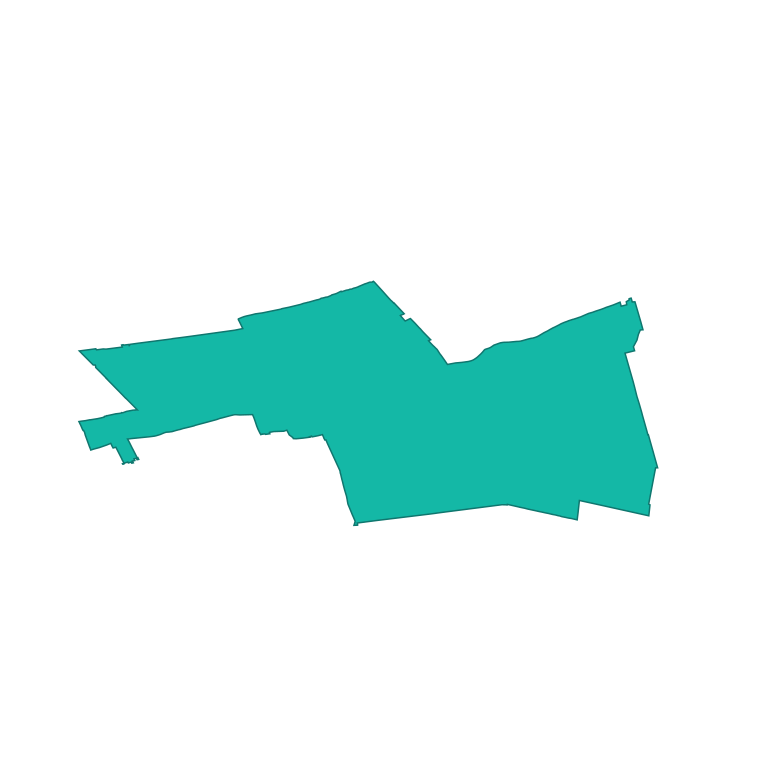 Leidschendam-Voorburg, Zuid-Holland, Netherlands, rotated 22°
{"feature_id": "6326949B15428140131776", "entity_name": "Leidschendam-Voorburg", "entity_type": "district", "adm_level": 2, "iso_a3": "NLD", "parent_name": "Netherlands", "parent_adm1": "Zuid-Holland", "projection": "robinson", "projection_center": [4.405, 52.093], "detail": "fine", "context": "isolated", "style": "filled", "palette": "teal", "viewbox_px": 768, "rotation_deg": 22, "n_neighbors": 0, "source": "geoboundaries", "source_scale": "gbopen_adm2", "svg_char_len": 5866}
<svg xmlns="http://www.w3.org/2000/svg" viewBox="0 0 768 768"><g transform="rotate(22 384 384)"><path d="M409.1,526.3L412.4,524.8L412.1,524.0L411.3,522.9L428.7,513.1L475.4,487.3L480.2,484.6L481.0,484.1L489.3,479.4L538.5,451.8L541.8,450.5L543.5,450.0L543.4,449.4L554.5,447.6L556.0,447.4L560.9,446.5L564.1,446.1L572.1,444.7L575.8,444.1L577.8,443.7L582.0,443.0L585.1,442.4L589.2,441.8L592.0,441.2L594.6,440.9L596.5,440.5L598.5,440.4L602.6,439.6L604.6,439.3L606.0,439.0L608.1,438.5L614.0,437.6L612.1,430.5L608.8,418.8L627.0,415.7L678.9,407.0L675.9,396.4L674.9,396.3L674.4,396.2L667.2,360.0L669.1,359.2L660.3,347.8L659.4,346.6L659.2,346.3L658.7,345.7L654.9,340.8L648.8,332.9L648.1,332.0L647.7,332.3L645.4,329.2L635.5,316.4L633.5,313.7L628.1,306.8L623.1,300.7L617.8,293.4L614.3,288.7L601.5,272.3L595.9,265.1L603.9,259.3L601.3,256.0L602.1,248.5L601.3,242.7L601.4,237.9L603.8,236.7L598.6,229.9L585.9,213.8L583.4,214.9L581.0,211.8L580.2,212.3L579.3,213.2L579.8,214.4L577.8,216.9L579.4,219.6L574.8,223.0L572.2,219.7L567.0,224.8L563.1,228.2L561.3,229.7L559.6,231.4L557.2,233.6L552.9,237.2L550.5,239.4L547.4,241.8L545.0,244.2L540.9,248.4L540.2,248.9L538.4,250.5L536.0,252.5L535.2,253.2L534.6,253.5L534.1,254.0L531.1,256.5L530.8,256.9L528.0,259.4L526.3,261.1L525.0,262.5L524.6,263.1L521.2,267.0L520.3,268.0L519.8,268.4L519.6,268.7L517.3,271.5L515.8,273.5L513.2,276.4L509.5,281.3L508.0,283.0L506.3,284.5L505.3,285.3L504.8,285.7L503.0,286.7L500.3,288.7L498.0,290.5L495.9,292.1L494.7,293.0L493.3,293.8L490.7,295.0L484.0,298.5L479.2,300.6L478.0,301.3L476.4,302.3L471.9,306.3L471.4,306.7L469.7,309.3L468.8,310.5L467.8,311.5L467.2,312.0L464.8,314.0L464.3,314.8L463.4,317.6L462.4,320.1L461.5,322.0L460.7,323.7L460.0,325.0L458.4,327.4L457.7,328.3L456.7,329.3L455.9,330.0L454.0,331.4L453.0,332.0L447.9,334.9L442.4,337.7L435.5,342.1L431.6,339.5L429.3,338.0L426.0,335.9L425.2,335.5L424.1,334.8L420.9,332.5L420.1,332.0L418.5,331.4L416.7,330.6L415.3,330.1L413.9,329.5L411.5,328.4L409.1,327.2L410.3,325.9L410.7,325.5L400.5,321.0L397.9,319.7L397.4,319.4L395.4,318.6L390.2,316.1L384.2,313.5L384.0,313.4L383.8,313.5L380.1,317.6L379.8,317.6L373.5,314.4L374.0,313.7L375.7,312.2L375.9,312.0L376.1,311.6L376.4,311.3L362.9,305.1L362.7,305.4L362.0,305.0L360.1,304.2L359.1,303.9L355.9,302.4L347.8,298.4L336.8,293.1L336.4,293.0L335.8,292.9L335.6,292.8L334.8,294.0L334.6,294.1L333.3,294.6L332.6,295.0L332.3,295.2L330.6,296.8L329.4,297.9L329.1,298.0L326.5,300.6L325.7,301.4L323.9,303.2L323.3,303.9L321.7,305.3L321.0,305.8L319.9,306.6L319.6,306.9L318.5,308.0L318.3,308.3L317.9,308.5L317.1,308.7L315.7,310.1L314.6,310.7L313.6,311.4L310.3,314.2L310.1,314.3L309.6,314.0L309.4,314.1L306.3,317.6L305.1,318.7L302.9,320.4L302.4,320.8L302.1,321.1L301.8,321.7L299.0,324.5L298.5,324.9L297.9,325.0L295.3,327.0L293.5,328.1L293.3,328.6L292.8,329.2L291.3,330.5L290.7,330.8L289.9,331.4L288.2,332.7L283.6,336.3L282.6,336.9L281.5,337.8L280.0,338.8L278.9,339.6L276.9,341.4L267.3,348.3L261.4,352.2L261.0,352.5L260.7,352.8L260.2,353.3L244.5,363.7L239.6,366.5L238.4,367.2L235.0,369.7L231.2,372.3L229.2,373.8L227.2,375.6L225.6,377.2L224.6,378.2L224.8,378.9L226.3,380.1L232.3,385.5L225.5,390.0L187.2,412.0L180.5,415.8L176.8,417.9L171.2,421.0L169.9,421.9L166.2,424.0L141.1,438.1L133.6,442.4L133.6,443.7L133.4,443.9L132.5,443.0L127.8,445.6L127.5,445.3L126.6,445.8L126.1,446.2L127.5,447.8L113.2,455.8L110.5,456.7L104.7,460.0L103.8,459.6L103.6,459.3L89.1,467.5L91.7,468.6L93.4,469.4L93.5,469.4L107.3,475.3L109.2,474.6L109.6,475.0L109.9,475.4L110.1,475.9L110.5,476.7L124.9,482.9L124.7,483.0L137.1,488.4L144.7,491.7L149.8,494.0L149.9,493.9L156.0,496.5L164.6,500.2L165.0,500.4L164.1,500.7L163.2,501.2L163.4,501.2L163.3,501.3L162.6,501.6L161.2,502.2L158.1,504.2L155.6,505.8L153.8,507.4L153.7,507.5L153.2,508.0L151.6,509.1L151.4,509.0L151.3,509.3L149.8,510.3L146.5,512.1L138.9,517.3L138.7,517.3L138.6,517.6L136.9,518.8L136.8,519.0L137.0,519.4L136.9,519.6L134.1,521.6L131.3,523.5L125.0,527.3L124.6,527.4L121.1,529.7L118.3,531.3L118.2,531.3L115.2,533.1L117.7,535.4L118.0,535.6L119.6,537.2L121.1,538.7L122.0,539.5L122.4,539.8L122.8,539.6L124.4,540.9L126.1,543.2L134.7,552.8L134.8,552.8L136.9,555.1L137.2,554.8L137.8,554.3L139.1,553.2L144.0,549.5L149.8,544.4L152.9,541.4L155.3,543.6L156.8,544.8L159.1,543.1L169.0,551.7L169.6,552.4L170.5,553.1L171.0,553.4L171.0,553.5L172.2,554.5L172.3,554.5L172.7,554.9L171.4,555.9L171.8,556.2L172.1,556.1L172.8,555.6L173.2,554.7L173.3,554.3L175.7,552.3L176.5,553.0L178.9,551.1L179.8,551.9L181.1,551.0L179.6,549.7L181.6,548.3L180.2,547.0L182.2,545.6L183.4,546.7L184.8,545.8L183.3,544.4L182.7,544.8L179.3,541.8L175.6,538.6L174.5,537.7L169.2,533.0L166.8,531.1L168.0,530.5L170.1,529.3L186.3,520.8L190.4,518.5L191.2,518.0L192.7,516.9L195.4,514.7L195.6,514.5L198.4,511.7L200.1,510.3L203.0,508.9L204.3,508.1L204.8,507.9L205.4,507.5L208.3,505.2L210.8,503.3L211.9,502.6L214.3,500.6L219.4,497.0L223.5,494.0L224.4,493.1L227.4,490.8L232.9,486.7L241.2,480.4L242.7,479.2L244.8,477.3L245.5,476.8L246.4,476.2L253.7,470.7L256.5,468.7L258.2,467.9L259.2,467.6L261.9,466.7L264.4,465.6L266.0,464.9L273.6,461.6L276.1,464.1L279.0,467.4L281.6,470.5L283.5,472.5L284.2,473.2L287.0,475.7L287.8,476.4L288.0,476.5L288.3,476.7L288.8,477.1L289.5,476.4L289.7,476.1L289.9,476.2L292.2,474.9L292.9,475.1L293.0,475.1L296.8,472.9L295.9,472.0L295.9,471.8L296.1,471.6L299.6,469.4L308.8,465.3L311.2,463.2L315.2,466.7L318.0,467.4L319.6,467.9L320.4,468.6L323.0,467.7L329.2,464.5L335.2,461.1L334.7,460.8L336.4,459.4L337.1,460.0L342.0,456.8L345.9,454.0L347.5,455.6L348.3,456.4L348.6,456.8L350.2,458.1L351.1,457.6L353.9,460.4L375.3,480.6L375.9,481.3L376.8,482.9L377.8,484.1L380.6,488.1L382.2,490.2L384.1,492.9L387.2,497.0L389.6,500.0L391.2,502.0L393.1,504.9L394.3,506.9L394.7,507.5L395.4,508.6L395.7,509.0L400.5,513.9L403.9,517.4L405.6,519.0L408.4,521.8L408.6,522.1L408.8,522.8L409.1,526.3Z" fill="#14b8a6" stroke="#0f766e" stroke-width="1.5"/></g></svg>